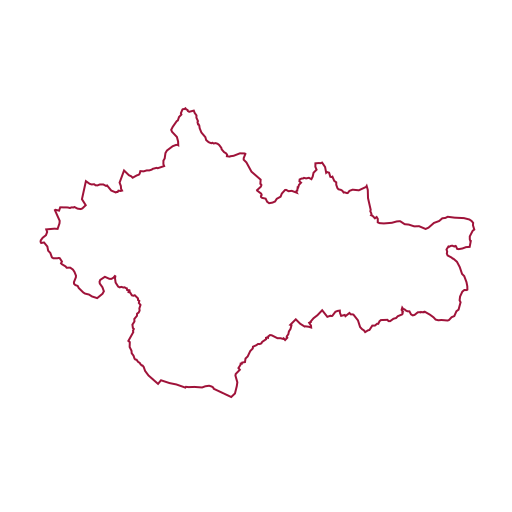 Enniscorthy Lea-6, Wexford, Ireland, rotated 274°
{"feature_id": "5873133B47425584420404", "entity_name": "Enniscorthy Lea-6", "entity_type": "district", "adm_level": 2, "iso_a3": "IRL", "parent_name": "Ireland", "parent_adm1": "Wexford", "projection": "albers", "projection_center": [-6.612, 52.551], "detail": "fine", "context": "isolated", "style": "outline", "palette": "rose", "viewbox_px": 512, "rotation_deg": 274, "n_neighbors": 0, "source": "geoboundaries", "source_scale": "gbopen_adm2", "svg_char_len": 6104}
<svg xmlns="http://www.w3.org/2000/svg" viewBox="0 0 512 512"><g transform="rotate(274 256 256)"><path d="M250.9,47.2L246.8,48.3L244.7,50.6L240.4,52.5L239.6,54.0L239.9,58.0L240.3,59.5L240.1,60.4L236.9,62.8L235.1,62.0L234.3,62.9L232.3,66.8L231.1,67.9L231.4,71.5L229.7,74.3L227.5,76.0L223.8,77.8L222.2,77.8L217.2,76.2L215.6,76.4L214.4,77.8L213.7,80.2L211.7,81.4L207.6,86.2L206.6,88.0L205.9,92.1L204.2,95.2L202.9,100.5L207.6,105.5L210.2,106.7L214.1,105.0L217.6,102.1L219.4,101.7L221.3,102.3L224.7,106.7L223.0,111.3L223.1,113.4L224.5,115.4L226.2,116.6L225.9,117.1L223.9,116.9L219.7,117.8L215.9,120.6L215.2,122.2L215.8,123.8L215.3,125.9L215.6,127.1L214.8,128.6L214.7,129.4L213.1,129.8L213.0,132.1L212.4,132.3L211.8,131.4L211.1,131.3L210.7,133.1L208.1,134.9L207.8,136.6L208.4,137.8L205.5,141.2L203.8,141.4L203.1,142.7L201.0,142.4L199.1,144.2L195.6,143.3L193.4,143.7L191.4,142.9L190.2,141.4L188.0,141.4L184.7,139.0L182.2,139.3L178.9,137.5L175.6,138.2L174.7,139.2L172.8,138.5L171.5,138.9L162.4,134.6L161.3,136.1L156.4,136.3L152.8,138.4L150.3,138.8L148.0,140.8L145.1,142.0L144.3,142.9L144.2,144.1L142.3,145.6L141.2,147.5L139.8,148.5L138.8,149.8L138.9,150.4L137.5,151.7L133.6,153.4L129.3,157.1L121.6,167.2L125.4,169.9L123.2,178.6L122.3,185.5L119.8,194.7L120.6,195.2L120.5,198.0L121.1,203.8L121.1,211.4L122.5,214.5L123.3,218.3L122.7,220.9L121.8,222.5L120.6,223.1L113.6,241.1L117.4,244.6L124.8,245.9L128.7,246.2L135.3,243.8L136.9,244.0L141.4,247.8L143.0,246.3L146.1,248.0L147.6,248.2L147.5,249.3L148.7,249.6L149.4,252.4L153.0,252.7L155.2,254.7L160.8,256.9L163.5,259.2L165.3,259.3L167.0,262.5L168.4,264.2L168.4,265.8L169.2,267.4L170.8,268.2L173.7,271.9L175.1,271.7L175.5,272.5L175.2,273.7L176.6,273.8L178.1,275.5L178.0,277.2L175.5,283.1L175.7,286.1L175.2,288.8L175.8,289.3L174.2,290.9L176.6,292.9L177.3,292.2L178.1,292.4L180.2,293.7L183.1,294.1L185.6,295.5L189.3,296.2L189.7,295.0L195.6,300.1L191.5,304.8L189.0,309.5L189.3,310.1L189.1,313.5L188.5,316.0L190.4,315.7L193.1,313.7L194.0,315.3L194.4,315.1L197.9,317.7L201.2,321.4L206.5,325.8L200.3,331.4L201.6,334.4L201.3,335.0L201.6,336.3L205.9,339.1L206.9,341.2L207.4,343.4L205.2,343.7L202.2,345.1L203.4,348.6L202.2,349.4L205.7,353.2L204.4,354.5L204.5,356.7L204.2,357.4L198.9,362.2L192.4,364.8L190.4,366.9L189.3,368.9L187.7,370.2L189.6,372.8L190.1,374.3L194.7,376.9L194.9,379.5L196.9,381.6L196.9,382.7L199.6,383.8L200.8,385.1L201.5,391.6L200.3,392.7L200.4,394.4L203.0,397.5L203.9,400.1L205.8,401.6L207.9,405.8L208.7,406.3L210.1,405.9L210.6,406.5L212.4,405.0L214.7,405.5L213.2,406.7L213.2,407.8L211.9,409.6L211.4,411.2L211.5,412.9L208.6,414.7L207.7,416.5L208.3,418.3L211.1,421.3L211.4,423.4L211.2,423.9L211.7,424.5L211.4,425.6L211.9,427.2L211.6,427.5L212.2,428.2L209.6,433.6L207.2,437.4L205.1,439.6L204.6,442.4L205.1,445.4L205.0,451.7L205.6,453.0L208.6,455.4L209.9,458.0L214.9,459.8L216.6,461.8L224.1,463.3L226.0,462.2L229.8,462.4L234.8,464.3L236.6,466.2L236.7,468.6L237.2,469.2L240.5,468.9L244.6,467.8L250.5,465.1L252.5,462.8L259.2,460.0L264.2,456.9L267.1,453.1L267.1,452.4L268.1,451.2L269.9,447.1L271.7,446.2L273.7,446.4L275.8,445.6L278.9,447.3L278.6,447.9L279.6,449.5L280.0,451.0L279.3,453.2L280.0,454.1L279.8,454.7L277.1,456.2L277.0,457.8L277.9,461.4L279.5,464.9L280.0,468.5L285.8,469.2L285.8,468.8L287.6,468.1L290.5,467.9L296.3,470.4L297.6,471.9L301.8,470.3L304.2,470.3L306.0,468.6L307.3,466.3L308.3,460.8L308.1,451.5L308.5,444.5L307.2,442.3L306.6,439.2L303.7,436.3L301.4,431.2L296.3,426.1L294.8,423.3L297.1,416.6L296.6,411.8L298.0,406.2L298.1,402.1L300.7,397.5L300.7,396.6L300.3,394.0L298.6,389.2L297.4,381.3L297.4,376.9L298.1,375.1L301.5,374.9L303.3,373.6L301.9,372.0L304.1,369.6L304.7,368.0L305.3,368.4L306.6,368.0L308.7,366.9L310.0,367.2L321.6,363.7L329.7,362.9L333.6,361.5L332.6,361.0L328.7,354.0L328.9,347.8L327.5,344.7L325.2,343.1L325.1,342.2L325.7,339.9L325.4,339.0L327.1,337.6L327.9,336.0L328.3,333.6L329.4,332.5L332.6,331.1L335.1,330.9L336.4,328.8L340.5,326.7L340.0,325.9L340.2,324.6L344.2,323.1L344.7,321.0L343.9,320.2L349.6,318.7L353.8,315.4L353.1,314.0L353.1,312.1L352.6,308.8L349.1,309.0L346.3,310.4L343.1,307.6L339.1,307.0L336.5,305.9L337.7,303.3L336.9,300.6L337.3,298.4L336.7,297.7L336.4,296.0L335.4,294.2L333.5,294.1L332.3,295.8L330.0,293.9L327.3,293.3L327.4,292.8L324.1,292.6L323.9,291.9L322.8,291.7L322.0,292.2L323.5,287.1L322.9,283.9L324.0,281.6L323.9,280.4L320.1,277.4L316.9,276.4L314.5,272.7L311.7,271.2L310.4,268.7L309.6,265.4L310.9,263.3L313.9,261.6L314.4,258.1L315.1,257.0L316.1,256.7L317.3,257.4L318.6,256.8L321.3,252.6L321.7,252.4L325.4,255.9L326.8,256.4L327.6,256.3L328.3,255.3L332.5,255.3L339.8,245.6L348.7,239.9L351.2,237.0L352.8,236.9L357.1,238.3L357.5,237.6L357.3,232.8L354.4,226.7L353.7,223.4L353.3,222.9L353.5,220.0L355.1,220.1L356.4,218.9L357.4,216.9L360.0,214.3L361.4,213.9L364.2,211.5L365.3,209.8L365.8,207.8L365.3,205.9L365.9,204.6L365.4,203.7L365.7,202.4L366.3,200.7L368.2,198.2L371.0,197.2L375.4,192.9L379.5,190.9L382.2,190.3L383.4,189.5L383.3,189.0L385.5,188.3L386.5,188.7L389.8,186.9L392.1,186.8L394.5,184.8L396.7,183.8L395.2,179.3L395.9,177.9L396.9,177.5L397.5,176.0L398.4,175.3L397.6,174.3L397.4,172.9L397.0,172.4L393.2,171.1L391.9,171.7L389.3,169.5L385.8,168.6L385.0,167.5L379.0,163.9L375.9,162.6L374.0,163.6L369.2,168.8L364.8,170.3L361.1,170.7L361.4,170.1L361.2,168.4L359.7,165.2L355.0,159.8L352.4,158.5L346.9,158.1L344.7,157.0L341.2,157.2L339.3,158.1L336.7,151.8L337.0,150.7L335.7,146.8L334.9,146.0L333.9,143.4L333.8,141.1L332.6,138.0L332.6,134.7L330.0,134.2L328.9,133.4L328.1,131.5L325.5,127.5L326.8,126.0L327.7,123.6L332.1,118.4L319.7,114.8L316.4,116.3L313.6,116.7L311.9,117.8L311.4,116.3L311.6,114.2L310.2,113.5L310.1,112.2L309.6,111.7L311.2,107.0L316.0,102.5L315.4,101.6L316.7,98.7L316.5,95.3L315.4,93.0L315.3,91.1L316.3,89.5L315.9,87.1L316.4,85.0L318.8,81.1L300.5,78.4L294.8,82.6L291.3,79.4L290.6,77.9L290.8,74.7L292.2,71.4L291.7,70.6L291.6,68.4L290.9,67.1L291.3,64.8L290.9,57.3L287.5,56.4L288.1,52.7L287.7,52.2L277.4,57.7L274.9,57.7L269.2,56.2L269.2,53.0L267.9,44.9L265.4,46.0L262.1,45.0L259.3,41.9L256.6,40.2L255.1,40.1L254.0,40.8L254.7,43.6L250.9,47.2Z" fill="none" stroke="#9f1239" stroke-width="2"/></g></svg>